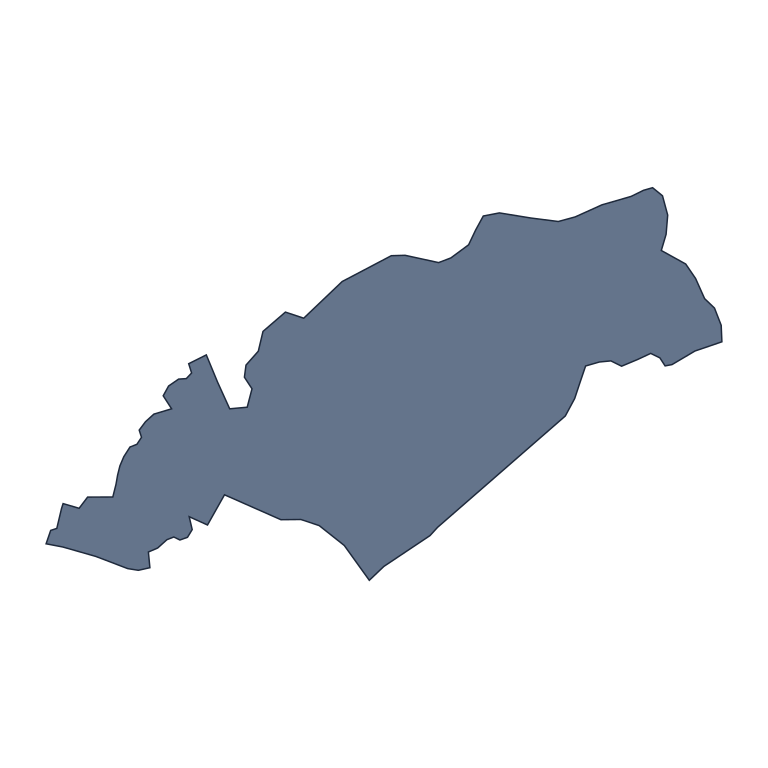 outline of Mirzo Ulugbek, Tashkent, Uzbekistan
{"feature_id": "79887680B41064680481751", "entity_name": "Mirzo Ulugbek", "entity_type": "district", "adm_level": 2, "iso_a3": "UZB", "parent_name": "Uzbekistan", "parent_adm1": "Tashkent", "projection": "robinson", "projection_center": [69.307, 41.302], "detail": "fine", "context": "isolated", "style": "filled", "palette": "slate", "viewbox_px": 768, "rotation_deg": 0, "n_neighbors": 0, "source": "geoboundaries", "source_scale": "gbopen_adm2", "svg_char_len": 1310}
<svg xmlns="http://www.w3.org/2000/svg" viewBox="0 0 768 768"><path d="M46.1,543.8L62.8,547.0L95.7,556.4L127.7,568.6L138.4,570.3L149.9,567.7L148.4,552.0L157.7,548.0L166.9,539.7L173.8,537.0L179.9,540.0L187.5,537.3L192.2,529.6L189.2,516.7L207.5,525.0L224.5,494.8L280.9,519.7L300.9,519.5L319.2,525.6L344.3,545.5L369.3,580.3L383.9,566.4L430.0,535.6L437.6,527.3L565.3,416.0L574.7,398.5L579.4,384.3L585.6,366.0L599.4,362.0L610.9,360.9L621.6,366.2L637.6,359.5L650.7,353.4L659.9,357.9L665.1,365.9L672.0,364.6L695.0,351.0L721.9,341.8L721.2,325.3L714.5,308.1L704.6,298.6L695.6,278.5L685.7,264.0L661.3,250.5L666.1,234.3L667.7,215.1L662.5,195.8L652.6,187.7L643.5,190.3L631.1,196.4L602.0,204.8L575.2,216.9L558.3,221.5L530.8,218.0L499.4,212.9L483.3,216.0L475.6,230.1L468.6,244.8L450.9,257.9L438.6,262.6L405.1,255.3L391.3,255.7L342.2,281.5L303.7,318.2L285.4,312.1L263.0,331.4L258.3,351.2L246.0,365.1L244.4,377.2L252.0,388.8L247.2,407.2L229.7,408.8L217.6,382.2L206.3,354.9L188.7,363.7L191.6,373.0L186.3,378.6L178.6,379.1L168.6,386.0L163.2,395.8L171.6,408.8L153.9,414.1L145.5,421.7L139.2,430.1L141.5,437.3L136.9,444.3L130.0,447.0L123.8,456.7L119.9,465.9L117.6,475.1L116.0,484.3L112.8,497.0L87.6,497.1L79.1,508.3L63.1,503.6L61.5,508.6L56.8,528.4L50.7,530.4L46.1,543.8Z" fill="#64748b" stroke="#1e293b" stroke-width="1.5"/></svg>